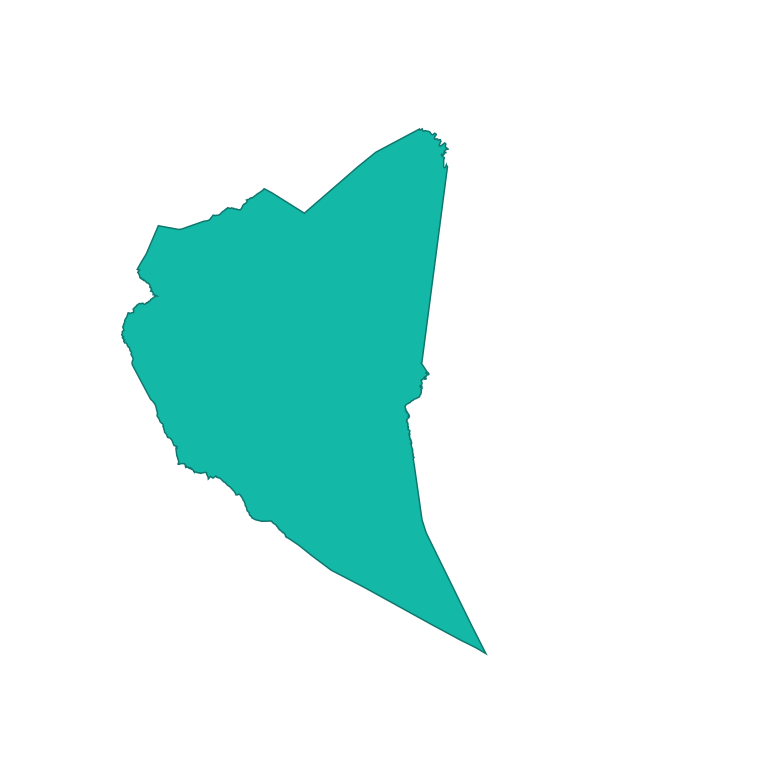 Monze, Southern, Zambia, rotated 48°
{"feature_id": "96606910B87508974482320", "entity_name": "Monze", "entity_type": "district", "adm_level": 2, "iso_a3": "ZMB", "parent_name": "Zambia", "parent_adm1": "Southern", "projection": "orthographic", "projection_center": [27.347, -16.129], "detail": "fine", "context": "isolated", "style": "filled", "palette": "teal", "viewbox_px": 768, "rotation_deg": 48, "n_neighbors": 0, "source": "geoboundaries", "source_scale": "gbopen_adm2", "svg_char_len": 6158}
<svg xmlns="http://www.w3.org/2000/svg" viewBox="0 0 768 768"><g transform="rotate(48 384 384)"><path d="M622.2,480.5L523.0,452.3L510.5,446.7L464.4,415.7L459.9,412.9L459.4,412.2L458.6,411.8L458.6,410.8L457.5,410.9L456.9,410.3L456.7,410.4L455.8,409.7L455.8,409.3L454.9,409.1L454.5,408.6L453.1,408.0L452.9,407.4L452.3,407.3L451.9,407.0L451.9,406.6L449.0,405.5L446.8,403.9L446.2,404.0L446.5,403.1L445.9,402.6L445.2,402.4L444.9,402.1L444.2,402.1L444.2,401.8L443.3,401.4L442.8,401.7L442.7,401.2L441.9,401.1L440.7,400.6L440.4,400.1L439.1,399.8L439.0,398.7L438.2,398.2L437.9,398.7L436.2,396.2L435.6,396.0L434.0,396.5L433.7,396.1L433.4,396.2L432.8,395.1L432.5,395.2L431.9,394.4L431.3,394.7L431.0,394.2L430.4,394.0L430.2,393.3L429.6,393.1L429.1,392.5L428.3,392.6L428.1,392.2L427.2,392.3L426.6,391.4L426.2,391.5L425.6,390.3L425.6,387.6L425.0,387.3L424.6,387.5L424.7,386.9L424.0,387.1L423.6,386.9L423.4,386.3L423.7,386.3L423.8,386.1L421.0,385.7L420.5,386.3L420.1,385.6L419.4,385.8L419.1,385.7L419.1,385.4L418.7,385.5L418.2,385.2L417.9,385.6L417.1,384.5L416.3,384.4L415.3,383.8L414.4,382.5L414.2,380.8L415.2,376.8L415.0,375.2L415.6,372.7L415.4,371.7L416.2,370.2L417.3,366.1L416.6,365.5L416.1,363.4L415.3,362.1L413.7,360.4L412.7,360.2L412.9,358.9L411.3,357.5L410.9,358.0L410.7,359.1L409.9,358.9L409.5,358.4L409.9,356.9L408.7,354.9L407.3,354.6L406.1,353.9L406.0,353.5L406.7,352.3L406.2,351.6L406.4,350.5L407.7,350.5L408.4,349.5L408.2,349.0L407.4,348.8L406.4,349.5L406.1,349.6L405.8,349.2L406.5,347.5L406.1,345.8L406.9,344.6L406.7,344.0L405.1,343.7L404.4,345.4L404.0,345.6L403.6,345.2L404.0,343.9L393.5,342.3L393.8,342.0L264.9,191.3L263.4,191.3L262.8,191.0L264.1,193.3L263.9,194.1L263.3,194.6L262.4,194.2L257.5,189.8L257.1,189.4L256.8,188.3L256.2,187.8L255.2,187.9L254.0,188.4L252.1,188.0L251.8,187.5L252.1,187.2L253.4,187.1L253.7,186.7L253.5,185.7L252.3,184.9L253.3,183.9L253.5,183.2L253.2,183.0L252.5,183.8L251.9,184.0L251.2,183.1L251.4,180.5L252.3,179.2L251.6,179.1L249.8,179.9L248.0,179.0L247.2,177.7L246.6,177.3L245.5,177.6L245.1,182.6L244.1,183.5L242.8,182.0L241.8,179.4L240.2,178.7L239.7,179.0L239.0,180.6L237.9,180.3L237.4,180.5L236.0,182.5L235.3,182.2L234.1,180.6L233.8,178.7L233.4,178.1L233.0,178.1L231.8,178.4L231.4,178.8L231.6,180.7L231.1,181.2L229.9,181.7L227.7,181.3L225.8,181.9L225.0,182.9L223.3,183.8L222.6,185.5L221.8,185.6L219.9,184.9L219.5,187.3L219.0,187.5L218.2,187.1L206.3,234.9L205.1,257.3L203.8,328.9L166.6,339.5L158.7,342.4L158.9,345.2L158.3,349.5L158.1,349.8L157.5,357.8L156.8,358.0L156.3,359.5L156.5,360.8L155.6,362.1L155.3,363.0L156.1,362.9L157.0,364.3L157.0,365.1L157.3,365.9L156.7,367.3L156.8,369.2L158.3,372.8L158.3,374.4L156.5,376.1L155.4,376.4L153.9,378.0L153.2,378.1L153.0,378.6L152.4,378.5L152.2,378.9L151.1,379.5L150.6,380.9L148.4,382.2L148.6,383.2L148.2,383.9L148.5,384.7L148.2,385.1L148.2,387.3L147.9,388.1L148.1,393.1L147.4,394.6L146.4,395.7L145.6,397.1L144.6,397.5L144.2,398.3L144.6,400.2L144.9,400.8L144.7,401.9L145.2,402.8L145.0,404.7L144.1,406.7L142.5,408.9L133.2,431.3L131.5,433.4L115.4,445.8L128.3,473.7L131.0,482.8L133.7,490.7L135.7,489.5L136.2,492.3L139.0,492.7L141.7,494.2L142.1,493.9L142.5,494.1L142.8,493.6L143.1,493.9L144.0,493.8L144.3,493.4L144.9,493.4L145.6,492.7L146.1,493.4L148.1,492.3L149.1,492.6L150.5,492.4L151.2,491.6L151.8,491.8L152.0,491.6L154.1,491.9L155.3,493.0L155.5,492.6L155.8,492.7L155.8,493.2L156.2,493.1L156.4,492.7L157.4,493.0L157.5,493.4L158.5,493.5L158.7,494.2L158.5,494.7L158.8,495.2L159.3,494.4L159.9,494.7L160.6,494.2L162.8,495.2L163.0,495.6L163.4,494.9L163.8,494.9L163.6,495.3L164.2,495.3L165.0,494.5L166.8,493.8L166.0,494.9L165.5,496.9L165.5,498.7L165.1,500.5L165.6,502.2L165.2,503.4L165.7,504.3L165.2,504.8L165.5,505.3L164.8,506.0L164.7,508.5L163.9,509.1L162.8,509.1L162.2,509.5L161.8,510.8L160.4,512.0L160.4,513.7L160.0,515.3L160.6,516.1L160.3,517.4L160.4,519.1L160.7,519.6L160.5,520.3L163.0,521.6L163.3,522.2L162.5,523.3L161.6,525.8L160.6,525.8L159.9,526.6L162.2,530.5L162.7,532.9L163.5,534.5L164.4,535.1L165.8,538.2L166.8,538.9L166.7,539.9L170.1,541.4L169.9,543.2L170.3,543.9L171.5,544.6L171.8,545.9L172.8,546.2L173.1,545.9L174.4,546.7L174.2,546.4L174.6,546.1L174.8,546.9L175.0,546.7L175.2,546.9L174.9,547.5L176.8,547.5L177.3,547.9L177.6,547.6L177.6,548.2L178.3,549.0L179.1,548.6L179.3,549.0L180.0,549.2L180.3,548.6L180.9,548.3L182.7,548.3L184.1,549.2L184.4,549.0L185.8,549.2L186.6,548.8L189.3,550.4L190.4,550.3L191.6,550.6L192.6,552.1L197.0,553.2L198.0,554.3L198.6,555.7L199.9,557.3L201.6,558.3L239.0,567.6L241.7,567.4L245.0,567.6L247.4,568.2L254.7,572.2L255.0,573.2L256.3,574.1L259.1,574.4L262.2,575.6L264.2,575.5L265.8,575.1L267.4,575.8L267.4,576.5L269.7,577.3L270.3,577.9L271.3,578.1L273.0,579.3L275.6,579.3L278.9,580.5L280.8,579.2L283.9,579.2L289.2,581.2L292.0,579.7L293.1,580.8L292.4,581.4L293.0,582.0L298.3,585.7L304.2,588.4L304.8,588.8L305.3,590.1L305.9,590.7L306.4,590.3L307.5,587.9L309.7,585.6L311.8,586.1L312.6,586.7L312.6,587.4L312.8,587.0L313.1,587.1L313.0,586.5L313.3,586.8L313.4,586.3L313.8,586.3L313.9,585.7L314.5,585.6L315.1,585.0L315.7,585.1L315.4,584.9L315.6,584.7L316.1,584.8L316.1,585.2L316.9,584.8L317.0,584.5L316.6,584.4L316.9,583.8L317.2,584.1L318.1,583.9L318.5,584.3L319.2,583.4L321.4,583.7L321.8,584.0L322.3,583.6L322.9,583.8L322.7,583.3L326.2,581.2L326.7,580.3L327.5,580.3L329.8,576.3L331.0,575.3L331.4,575.3L332.5,576.2L335.4,577.0L337.0,578.1L336.6,574.7L339.3,574.2L339.7,573.4L339.5,572.3L340.0,571.3L339.9,570.6L340.6,570.5L341.5,570.7L342.0,570.0L342.9,570.0L343.4,569.3L345.1,568.8L349.5,568.6L350.7,568.0L354.8,568.0L357.2,567.3L364.5,567.2L367.3,568.2L368.1,567.5L368.9,565.5L369.5,565.1L374.2,565.6L376.4,566.5L377.2,566.3L380.0,567.4L381.5,568.4L383.2,568.6L386.6,570.5L389.0,570.3L391.6,571.6L393.4,571.2L395.2,571.7L398.9,570.3L404.0,566.9L410.6,559.3L411.7,559.5L413.1,559.4L416.9,558.5L417.7,558.9L419.4,558.7L420.0,559.1L420.7,558.9L421.5,559.2L422.7,559.2L423.2,558.9L427.0,558.6L427.3,558.1L428.0,558.0L430.1,558.3L430.7,558.8L431.8,559.2L432.2,558.8L433.1,558.9L434.2,558.4L446.3,555.3L463.4,552.5L487.2,547.8L521.6,534.9L595.4,509.3L626.4,498.2L641.7,492.1L652.6,488.7L622.2,480.5Z" fill="#14b8a6" stroke="#0f766e" stroke-width="1.5"/></g></svg>